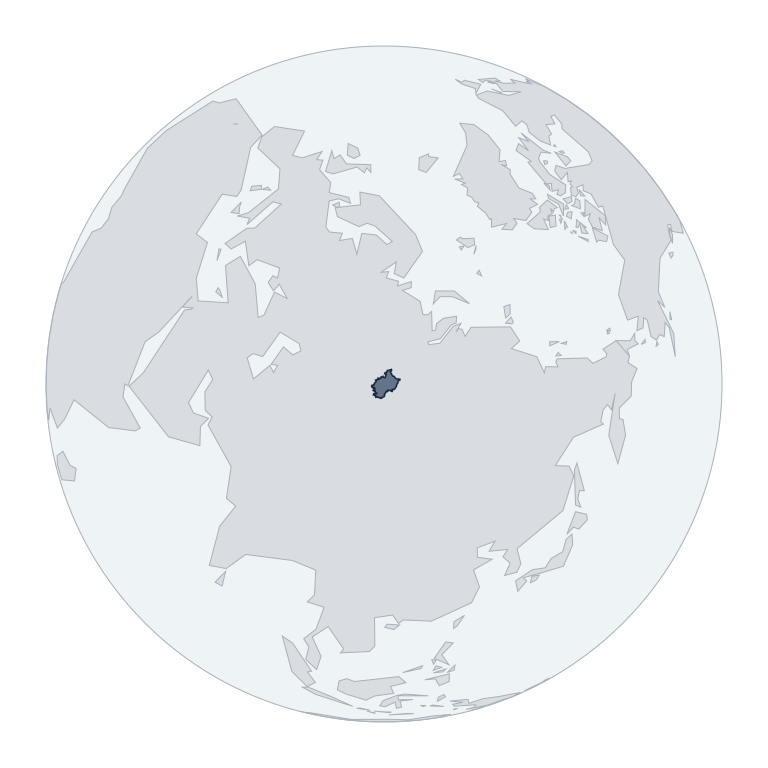 globe centered on Omsk, rotated 50°
{"feature_id": "RUS-2397", "entity_name": "Omsk", "entity_type": "Region", "adm_level": 1, "iso_a3": "RUS", "parent_name": "Russia", "parent_adm1": "", "projection": "orthographic", "projection_center": [72.959, 56.006], "detail": "fine", "context": "on_globe", "style": "filled", "palette": "slate", "viewbox_px": 768, "rotation_deg": 50, "n_neighbors": 0, "source": "natural_earth", "source_scale": "10m", "svg_char_len": 15776}
<svg xmlns="http://www.w3.org/2000/svg" viewBox="0 0 768 768"><g transform="rotate(50 384 384)"><circle cx="384" cy="384" r="338" fill="#eef3f6" stroke="#a8b0b8"/><path d="M438.6,50.5L449.3,52.5L460.9,57.9L452.3,65.2L445.7,61.9L444.4,64.5L452.6,69.2L458.4,71.7L465.1,91.8L489.8,114.6L505.8,119.6L495.9,120.8L531.7,129.6L550.3,143.3L524.2,129.3L517.6,129.2L527.8,138.9L523.2,141.0L525.5,147.1L519.2,148.9L504.4,141.3L500.1,142.5L507.5,149.4L505.8,156.0L495.6,145.6L491.6,156.3L466.2,146.9L443.8,119.9L424.6,118.6L388.2,101.9L386.4,106.1L371.5,103.2L363.9,107.2L359.3,103.5L357.2,109.9L362.9,112.6L363.9,116.4L359.9,119.2L353.4,114.8L354.4,112.8L350.4,112.9L348.8,109.7L347.4,112.9L339.9,107.6L341.4,116.9L330.5,116.3L327.1,111.7L335.2,106.8L347.6,86.0L346.7,81.0L337.3,78.2L303.1,83.6L298.9,80.6L287.5,80.5L286.2,84.2L294.6,85.8L289.4,93.3L300.4,94.9L299.9,98.4L308.1,102.8L298.4,108.0L284.6,111.0L277.3,107.9L271.0,109.3L271.1,117.5L251.0,117.4L226.3,127.8L222.0,127.5L225.9,116.6L243.2,102.8L248.3,91.0L236.4,104.9L225.9,104.8L220.6,107.7L216.2,111.7L216.8,114.4L211.4,115.9L221.1,102.2L226.2,100.5L223.0,104.7L231.1,98.5L237.6,90.2L231.7,91.4L247.7,79.5L243.7,80.4L245.0,78.7L250.2,77.9L241.1,79.4L258.9,70.1L258.6,70.2L283.3,61.4L308.5,54.6L334.3,49.8L360.3,46.9L386.5,46.1L412.6,47.3L438.6,50.5ZM461.7,72.6L453.3,69.1L447.5,64.5L455.0,67.0L461.7,72.6ZM472.0,83.1L466.8,81.7L468.7,78.0L471.1,79.9L472.0,83.1ZM518.3,123.2L512.3,118.5L519.7,122.4L518.3,123.2ZM527.0,147.6L530.1,148.4L530.0,151.3L527.0,147.6ZM312.8,99.7L310.5,101.2L310.2,99.6L312.8,99.7ZM318.6,100.3L319.9,97.4L322.8,97.3L321.9,99.1L318.6,100.3ZM520.2,156.9L519.0,161.6L517.6,155.4L520.2,156.9ZM316.2,104.0L327.8,97.5L333.0,97.4L333.9,104.4L316.2,104.0ZM516.6,163.5L513.9,175.5L520.6,178.1L500.0,178.2L509.1,167.6L506.4,159.4L511.8,163.8L516.6,163.5ZM366.4,112.3L360.2,109.5L369.0,109.4L366.4,112.3ZM371.8,111.3L397.5,106.3L404.7,112.0L394.6,112.3L406.9,118.2L397.8,123.4L389.0,121.4L386.1,116.5L384.8,122.3L371.8,111.3ZM489.0,176.6L486.1,178.6L486.3,175.1L489.0,176.6ZM364.9,117.9L369.5,116.2L376.1,121.0L368.1,125.4L368.6,122.4L364.9,117.9ZM414.6,117.4L418.0,122.0L411.6,127.3L412.1,129.9L398.2,124.0L414.6,117.4ZM365.1,122.7L363.9,127.5L357.3,127.8L360.9,120.0L365.1,122.7ZM381.1,120.6L383.8,123.1L379.7,123.1L381.1,120.6ZM332.9,132.4L338.2,129.9L342.1,132.1L332.9,132.4ZM364.0,129.3L366.3,129.2L368.4,129.9L366.3,133.1L364.0,129.3ZM394.6,128.4L391.2,129.9L400.0,131.1L395.5,135.5L387.0,130.9L388.8,134.7L387.4,136.1L382.0,130.9L394.6,128.4ZM370.6,138.5L358.3,134.7L347.6,138.7L343.8,136.8L361.7,130.7L370.6,138.5ZM377.8,134.4L372.5,136.5L370.5,132.8L372.9,129.2L377.8,134.4ZM395.5,140.3L404.6,134.7L406.1,135.9L395.5,140.3ZM367.9,140.4L370.9,141.3L367.3,141.1L367.9,140.4ZM387.4,141.0L390.4,138.8L392.1,140.2L387.4,141.0ZM374.5,145.1L370.5,143.8L372.0,141.2L374.5,145.1ZM380.7,143.8L382.3,146.4L374.9,141.0L381.8,142.5L380.7,143.8ZM388.5,142.7L390.5,142.9L387.1,143.5L388.5,142.7ZM371.0,156.1L361.4,150.0L364.7,144.1L373.6,150.7L371.0,156.1ZM103.7,572.7L100.0,567.0L99.8,563.2L95.4,551.8L79.9,509.8L82.9,500.2L80.2,488.7L73.7,478.9L71.2,464.8L67.8,457.4L51.3,413.7L50.0,387.3L57.2,333.2L62.9,329.4L70.4,313.9L114.9,317.4L117.0,334.0L143.7,368.9L145.7,376.2L134.6,386.0L148.3,431.4L162.1,428.3L182.4,459.9L200.9,473.0L221.6,451.2L191.3,429.2L193.9,412.0L224.5,418.3L252.2,437.7L254.1,431.7L243.2,408.8L256.3,403.2L240.2,400.1L241.7,408.8L231.7,407.4L229.7,399.4L234.4,397.5L228.0,389.4L207.2,401.3L206.5,411.5L185.5,398.4L182.3,414.3L174.2,415.4L176.5,389.0L181.5,382.9L180.1,347.0L173.0,352.0L173.8,386.5L170.6,380.4L161.0,388.4L165.7,377.5L166.7,339.5L152.3,325.4L122.1,328.9L116.1,318.9L116.4,302.4L139.2,282.3L150.0,307.1L158.2,301.2L166.1,282.0L168.8,291.4L173.3,286.9L178.4,295.6L195.5,295.3L202.2,302.9L218.5,291.0L224.1,293.6L212.9,299.7L208.6,308.4L226.4,327.7L232.6,328.0L241.8,319.0L245.5,325.9L252.1,314.7L267.1,321.3L254.4,304.2L264.8,294.2L279.0,292.2L280.2,286.0L257.1,289.4L249.9,293.7L247.4,302.0L225.8,312.1L217.6,308.1L231.6,286.8L221.5,279.1L236.8,266.6L289.9,263.8L307.2,269.3L315.5,300.7L306.0,305.2L298.3,296.0L296.6,314.4L300.9,308.1L304.1,314.1L314.8,306.8L317.5,310.7L323.2,297.2L327.7,301.3L324.1,309.7L343.8,303.2L355.8,309.5L359.0,306.2L359.0,300.9L374.2,312.9L375.9,310.0L371.5,304.9L372.0,295.9L378.8,284.9L383.7,289.6L381.9,294.2L385.5,311.4L380.0,323.4L382.7,324.3L388.7,315.1L384.3,294.0L387.0,286.1L390.5,295.5L389.4,291.5L392.3,289.1L399.7,291.3L396.5,280.9L421.5,250.4L438.4,252.4L438.7,263.7L461.4,249.4L478.6,254.0L474.6,249.1L482.7,239.7L477.4,238.1L476.1,235.1L494.5,211.8L502.6,210.6L506.0,196.2L503.9,193.9L498.1,193.9L500.0,178.2L520.6,178.1L524.3,183.3L534.8,180.2L541.6,193.0L552.2,202.5L553.6,219.2L561.8,225.8L565.0,223.8L578.5,231.9L595.4,256.1L567.8,244.8L539.7,212.9L550.0,226.3L543.5,226.0L544.6,232.6L552.2,242.2L555.7,241.6L546.6,273.1L556.6,305.3L565.9,295.0L576.4,297.7L596.0,328.4L595.7,388.0L609.7,394.7L613.6,403.2L608.2,414.7L602.4,402.6L592.8,403.9L590.3,395.6L579.7,411.0L575.7,399.9L569.4,417.9L576.8,423.8L587.7,413.8L584.0,434.9L600.8,441.3L607.8,457.5L596.2,500.0L577.0,521.1L576.8,526.8L566.6,525.8L556.9,541.5L578.9,559.5L579.6,567.1L562.0,590.2L561.0,585.2L533.9,582.7L531.6,601.6L552.2,607.3L559.4,619.1L544.7,621.0L537.1,610.5L527.5,609.2L528.2,593.7L516.5,573.4L501.6,582.8L500.9,572.8L482.7,555.9L460.2,567.7L425.7,599.5L423.9,623.6L410.7,634.4L387.3,601.3L382.2,576.1L370.3,578.2L349.0,554.2L302.3,545.1L298.8,536.9L289.3,537.9L274.8,526.2L270.6,512.4L260.4,509.6L272.6,545.7L283.8,548.6L297.5,540.5L298.5,551.9L312.9,564.7L286.0,583.0L221.8,580.7L220.7,561.1L199.1,489.1L202.7,483.8L202.8,483.0L202.9,481.5L195.5,489.1L193.5,474.6L199.4,523.1L198.1,539.9L220.8,581.3L217.4,582.5L226.2,592.3L261.0,599.0L260.1,604.6L240.4,622.9L196.9,631.6L205.7,651.5L207.8,662.5L187.5,655.2L196.3,664.1L186.8,658.3L189.0,660.0L169.5,645.1L151.1,628.8L133.9,611.3L118.1,592.6L103.7,572.7ZM91.1,328.6L87.9,332.4L91.1,328.6ZM276.1,472.0L296.2,480.7L296.4,459.4L304.2,461.2L301.4,453.5L296.4,457.8L291.0,437.2L303.0,435.2L305.3,426.3L298.6,423.0L277.5,430.2L285.0,459.3L276.5,464.8L276.1,472.0ZM225.4,105.6L224.4,106.8L219.3,110.6L220.4,108.5L225.4,105.6ZM204.6,131.4L196.4,133.5L203.0,130.3L202.9,127.2L216.6,117.2L220.6,126.8L216.4,124.1L204.6,131.4ZM236.1,107.3L226.9,112.0L236.8,106.5L236.1,107.3ZM193.4,255.3L191.9,262.1L185.1,264.9L176.7,256.8L186.4,252.5L193.4,255.3ZM191.3,271.3L207.5,253.2L213.4,258.0L207.3,258.3L209.6,263.3L200.5,265.1L190.2,288.1L183.6,292.1L171.7,274.0L179.2,277.4L180.3,270.3L191.3,271.3ZM238.5,203.6L245.6,197.3L249.1,215.7L242.1,219.6L233.3,211.4L236.4,202.0L238.5,203.6ZM315.6,118.2L318.1,115.6L320.0,116.6L319.3,119.8L315.6,118.2ZM335.1,131.1L306.7,131.2L308.1,128.1L289.8,132.7L286.4,126.3L298.3,123.4L282.0,122.4L291.4,117.2L279.9,117.6L307.0,111.8L314.8,107.6L307.4,114.6L310.3,120.4L313.9,121.7L330.0,122.4L348.3,116.8L354.1,122.3L353.4,127.6L349.9,129.7L347.2,125.4L344.5,131.4L337.9,126.9L335.1,131.1ZM341.3,194.2L339.7,187.1L333.0,200.8L326.4,195.3L326.1,197.3L318.2,196.2L307.9,198.3L306.1,194.9L302.9,197.3L297.6,196.8L292.6,199.0L287.6,193.9L281.0,196.3L282.4,192.5L272.5,198.1L277.6,191.7L271.2,190.9L269.6,197.5L254.6,167.1L244.4,160.2L233.0,158.3L243.3,148.3L260.4,144.1L279.3,144.6L287.7,153.0L290.8,147.3L295.7,149.8L291.2,153.2L301.1,149.4L304.0,152.5L320.7,154.6L333.3,147.8L339.7,148.7L336.3,152.9L345.1,150.9L342.9,159.6L347.5,160.5L349.9,170.3L340.5,178.3L346.3,178.8L348.4,186.6L341.3,194.2ZM371.3,158.9L361.6,169.1L353.2,171.3L352.6,153.4L348.7,151.4L348.0,140.6L360.2,137.8L359.2,141.1L361.2,143.7L356.6,143.5L361.7,145.6L360.6,150.3L364.3,153.2L360.2,155.7L371.3,158.9ZM152.9,376.3L155.3,380.5L160.3,385.5L154.3,390.9L152.9,376.3ZM153.1,350.3L156.0,352.8L150.0,362.3L147.5,358.1L153.1,350.3ZM162.7,346.3L156.6,352.2L158.4,346.5L162.7,346.3ZM216.1,301.6L219.9,303.9L218.3,306.6L213.9,308.2L216.1,301.6ZM320.2,235.9L320.6,231.0L322.9,230.7L330.2,221.4L335.6,225.0L333.4,232.0L320.2,235.9ZM213.6,452.2L205.2,453.6L203.7,449.1L206.9,449.5L213.6,452.2ZM176.1,422.2L182.2,432.7L174.4,423.6L176.1,422.2ZM327.3,238.3L329.7,234.0L331.0,238.6L327.3,238.3ZM340.0,227.2L342.3,231.8L337.1,224.4L340.0,227.2ZM259.3,683.4L250.3,692.3L235.9,686.1L228.8,680.5L229.1,673.2L244.5,676.8L250.8,674.2L259.3,683.4ZM623.7,607.3L630.6,602.0L630.2,602.9L623.7,607.3ZM616.7,610.7L625.0,604.4L614.9,613.4L616.7,610.7ZM628.1,601.9L636.4,593.4L640.1,589.1L639.2,591.2L628.1,601.9ZM610.9,615.1L577.6,636.0L563.8,641.4L567.5,636.9L589.8,625.2L610.9,615.1ZM566.4,637.4L544.7,639.3L511.8,623.9L523.7,620.5L557.4,624.1L555.4,627.8L568.5,628.3L566.4,637.4ZM617.0,591.7L614.7,601.0L596.8,612.5L588.3,616.3L582.6,609.3L585.8,601.9L592.9,597.9L617.7,560.7L626.9,559.2L619.9,573.3L627.2,575.5L617.0,591.7ZM425.7,625.7L434.7,637.9L427.2,640.7L425.7,625.7ZM625.9,538.2L617.1,555.2L624.5,535.6L625.9,538.2ZM629.1,521.7L630.6,526.2L625.8,524.5L629.1,521.7ZM578.3,534.4L571.0,539.8L569.9,536.1L578.6,527.0L578.3,534.4ZM612.9,471.0L616.3,482.9L616.1,487.9L611.1,483.2L612.9,471.0ZM377.3,266.9L361.1,275.5L353.2,284.8L354.3,294.8L345.8,284.8L358.1,270.3L377.3,266.9ZM415.5,251.7L414.4,243.6L419.5,245.0L420.4,247.1L415.5,251.7ZM411.6,248.3L401.7,242.4L404.1,236.5L411.4,242.3L411.6,248.3ZM364.0,239.7L358.9,241.8L358.0,238.0L364.0,239.7ZM580.4,659.0L580.6,658.8L583.8,656.5L587.9,652.3L620.1,624.5L644.7,594.9L656.7,581.5L669.4,560.4L680.1,545.0L673.6,557.7L677.0,552.3L664.3,572.8L650.0,592.4L634.5,610.8L617.6,628.2L599.6,644.2L580.4,659.0ZM689.3,528.8L695.2,515.1L694.7,516.9L689.3,528.8ZM640.6,593.0L650.9,578.5L655.7,573.0L640.6,593.0ZM705.1,489.2L702.1,495.9L696.7,510.7L686.1,530.3L689.5,522.4L688.8,519.8L676.0,537.2L673.4,537.3L678.6,528.1L669.2,537.4L679.6,522.3L683.2,524.2L688.8,510.3L697.1,497.2L704.0,484.8L708.1,477.6L706.6,482.8L708.2,479.5L705.1,489.2ZM678.3,538.6L680.0,536.2L678.1,540.5L678.3,538.6ZM716.9,442.3L716.9,441.9L717.0,441.3L716.9,442.3ZM709.3,473.4L714.4,453.1L715.2,449.7L711.6,466.1L709.3,473.4ZM713.8,452.6L715.5,446.7L715.9,446.5L715.5,448.8L713.8,452.6ZM657.1,558.6L656.5,561.1L653.6,562.7L657.1,558.6ZM661.1,553.2L669.5,545.4L660.1,555.8L661.1,553.2ZM632.0,573.5L635.0,576.1L644.3,564.7L637.1,575.6L642.8,578.1L640.4,583.0L634.9,579.9L631.9,590.7L627.7,594.0L626.0,588.3L630.6,575.0L634.8,567.4L651.2,550.7L632.0,573.5ZM661.3,547.1L658.9,543.6L660.5,537.5L663.2,538.0L661.3,547.1ZM650.6,535.6L642.9,534.2L636.9,542.8L648.0,520.2L653.8,525.4L650.6,535.6ZM642.5,523.7L637.0,531.8L642.0,519.7L642.5,523.7ZM635.0,530.4L633.3,525.2L638.2,521.9L635.0,530.4ZM645.6,521.1L644.9,510.4L648.3,514.0L645.6,521.1ZM628.5,513.8L640.8,514.7L626.5,521.9L621.2,502.6L626.9,497.4L628.5,513.8ZM630.4,399.6L626.4,394.4L630.2,387.9L631.9,393.3L630.4,399.6ZM638.9,363.7L629.9,384.6L622.0,401.8L626.6,401.3L628.8,414.8L619.4,409.7L621.6,389.8L628.4,378.7L625.1,368.0L627.4,355.0L620.2,344.6L619.8,336.5L628.4,342.7L638.9,363.7ZM616.7,340.5L604.9,319.4L614.1,312.5L618.8,315.6L620.3,328.0L615.4,330.9L616.7,340.5ZM604.8,312.4L599.9,315.1L572.2,293.3L568.6,287.1L594.6,299.2L591.3,302.6L596.5,309.4L604.8,312.4ZM489.3,180.6L486.4,178.8L490.1,178.6L489.3,180.6ZM473.0,234.4L471.8,230.3L476.1,229.9L473.0,234.4ZM470.8,218.9L466.8,222.1L469.0,216.7L470.8,218.9ZM458.1,229.9L464.2,222.5L461.3,232.5L458.1,229.9Z" fill="#d9dde1" stroke="#a8b0b8" stroke-width="1"/><path d="M377.8,391.5L377.5,391.3L377.4,391.2L377.3,390.7L377.2,390.6L377.2,390.3L377.3,390.1L377.2,390.0L377.3,389.7L377.3,389.4L377.3,389.2L376.7,388.4L376.8,388.1L376.5,388.0L376.3,388.0L376.1,388.1L375.9,388.2L375.6,388.1L375.8,387.7L375.7,387.5L375.7,387.3L376.0,386.9L376.4,386.8L376.5,386.7L376.6,386.3L376.6,386.2L376.3,386.1L376.0,385.8L376.0,385.7L376.1,385.3L376.1,385.1L376.3,385.0L376.6,385.0L376.7,384.9L376.1,384.9L375.9,384.8L375.8,384.7L376.7,384.5L376.9,384.4L377.1,384.1L377.1,383.7L377.3,383.3L377.3,383.2L377.2,383.1L377.0,382.7L377.0,382.4L376.9,382.4L376.8,382.2L377.1,382.0L377.4,381.9L377.4,381.6L377.1,381.2L376.9,381.3L376.9,381.2L377.0,381.0L377.5,381.0L377.7,380.8L377.8,380.7L378.0,380.2L377.8,379.9L378.2,380.0L378.5,379.9L378.8,380.0L378.9,379.9L378.9,379.7L379.0,379.7L379.2,379.8L379.5,379.7L379.6,379.3L379.8,379.1L379.8,378.6L379.7,378.4L379.5,378.2L378.9,377.7L378.5,376.9L378.1,376.8L378.0,376.7L378.2,376.4L378.1,376.1L377.8,376.0L377.6,376.1L377.1,376.1L377.0,376.4L377.0,376.6L377.0,376.8L376.9,376.9L376.5,376.8L376.5,376.7L376.4,376.4L376.2,376.2L376.0,375.7L376.8,375.0L376.8,374.9L376.8,374.7L376.5,374.6L376.5,373.9L376.3,373.8L376.2,373.5L376.1,373.4L376.1,373.1L376.1,372.8L375.9,372.6L376.1,372.5L376.1,372.4L376.2,372.2L377.6,369.0L377.6,368.9L377.8,368.9L378.0,369.1L378.4,369.5L378.5,369.6L378.8,369.8L378.8,370.0L378.7,370.1L378.6,371.2L378.6,371.3L378.7,371.5L379.1,371.6L379.4,371.7L379.7,371.6L381.0,371.5L381.4,372.0L381.5,372.1L382.5,372.1L383.7,372.2L383.9,372.0L384.0,371.9L384.0,371.7L384.4,371.4L387.9,371.4L388.7,370.6L389.1,370.4L389.3,370.1L389.7,369.7L389.9,369.6L390.0,369.6L389.9,369.4L390.0,369.4L390.6,368.7L391.2,369.2L391.2,369.5L390.6,370.1L391.0,370.8L391.0,371.0L390.7,371.3L392.1,372.5L392.3,374.1L392.5,374.2L392.7,374.4L393.2,375.6L393.5,375.5L394.0,376.4L394.1,376.7L394.3,377.6L394.4,378.1L394.6,378.4L394.6,378.6L394.7,379.3L394.8,379.4L394.8,379.5L394.7,379.6L394.4,379.9L394.3,380.1L394.0,380.2L393.9,380.6L393.6,380.8L393.4,381.1L393.5,381.2L393.9,381.1L394.1,381.0L394.4,381.2L394.4,381.3L394.2,381.4L394.3,381.9L394.6,382.0L394.9,382.3L395.0,382.4L395.0,382.6L394.8,382.7L394.5,382.9L394.5,382.7L394.3,382.8L394.0,382.8L393.9,383.0L393.2,383.0L393.0,383.4L392.5,383.6L392.4,383.9L391.8,384.5L391.7,384.7L391.8,384.8L392.0,385.0L391.9,385.3L391.5,385.4L391.2,385.3L391.2,385.6L391.6,385.9L391.3,386.2L391.3,386.3L391.4,386.5L391.8,386.4L391.8,386.5L391.9,386.8L391.4,387.1L391.4,387.3L391.2,387.5L391.4,387.8L391.5,388.0L391.8,388.3L391.8,388.7L391.7,388.9L391.7,389.0L391.9,389.1L391.9,389.3L392.1,389.4L392.2,389.6L392.2,389.8L392.1,390.1L392.1,390.3L392.5,390.3L392.6,390.6L392.8,390.9L393.1,390.9L393.2,391.0L393.4,391.6L393.6,391.5L393.8,392.0L393.7,392.4L393.4,392.4L393.3,392.5L393.4,395.0L393.1,395.1L392.7,395.1L392.3,395.3L392.6,395.8L391.2,396.8L390.7,396.7L390.4,396.7L390.2,397.1L389.9,397.2L389.8,397.6L389.2,397.6L389.1,397.8L389.1,398.1L389.2,398.3L389.1,398.9L388.9,398.9L388.6,398.6L388.6,398.4L388.4,398.2L388.2,398.2L388.1,398.3L387.9,398.4L387.8,398.0L387.3,397.9L386.9,398.2L386.7,398.1L386.4,398.1L386.4,398.4L386.2,398.4L386.1,398.7L385.6,399.2L385.4,399.0L385.5,398.6L385.0,398.3L385.1,398.1L384.9,398.0L384.9,397.9L385.1,397.7L385.3,397.1L385.7,396.9L385.6,396.6L385.8,396.6L386.4,396.7L386.5,396.6L386.6,396.4L386.7,395.5L386.5,395.4L386.2,395.4L386.2,395.6L386.0,395.8L385.9,395.9L385.9,396.1L385.6,396.0L385.4,396.2L384.4,395.9L384.2,395.6L384.0,395.2L383.9,395.1L383.7,395.1L382.8,395.0L382.7,395.1L382.4,395.5L382.9,395.5L383.0,395.6L383.1,395.9L383.1,396.1L382.6,396.0L382.3,396.3L382.0,396.4L382.0,396.2L382.1,395.7L381.9,395.5L381.9,395.3L382.1,395.3L382.1,395.2L382.3,395.2L381.7,394.8L381.8,394.5L381.9,394.4L381.7,394.3L381.6,394.0L381.3,393.7L381.2,393.6L380.9,393.6L381.1,394.0L380.9,394.3L380.9,394.5L381.1,394.6L381.3,394.6L381.3,394.8L381.3,395.0L381.1,395.1L380.8,394.5L380.6,394.4L379.9,394.3L379.7,394.5L379.7,394.9L379.7,395.0L379.4,395.1L379.2,395.0L378.9,395.1L378.9,394.8L378.8,394.7L378.3,394.6L378.0,395.1L377.9,395.1L377.6,394.8L377.4,394.6L377.4,394.4L377.4,394.2L377.2,394.1L377.2,393.9L377.3,393.8L377.7,393.9L377.9,393.9L378.0,393.4L377.8,393.3L377.9,393.1L377.8,392.9L377.8,392.4L377.9,392.2L378.2,392.1L378.2,391.9L378.2,391.7L377.8,391.5ZM376.8,383.7L376.8,383.9L376.8,384.0L376.7,383.9L376.8,383.7ZM376.7,384.1L376.8,384.2L376.6,384.3L376.5,384.2L376.7,384.1Z" fill="#64748b" stroke="#1e293b" stroke-width="1.5"/></g></svg>